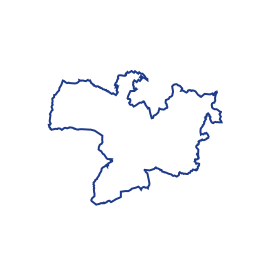 outline of Eloxochitlán, Hidalgo, Mexico, rotated 215°
{"feature_id": "50627088B56771810727616", "entity_name": "Eloxochitlán", "entity_type": "district", "adm_level": 2, "iso_a3": "MEX", "parent_name": "Mexico", "parent_adm1": "Hidalgo", "projection": "robinson", "projection_center": [-98.887, 20.743], "detail": "fine", "context": "isolated", "style": "outline", "palette": "blue", "viewbox_px": 256, "rotation_deg": 215, "n_neighbors": 0, "source": "geoboundaries", "source_scale": "gbopen_adm2", "svg_char_len": 5840}
<svg xmlns="http://www.w3.org/2000/svg" viewBox="0 0 256 256"><g transform="rotate(215 128 128)"><path d="M84.8,199.9L86.0,195.4L87.1,195.2L87.9,195.7L88.7,195.3L89.8,195.4L93.7,196.7L95.4,196.4L97.1,195.6L97.1,194.8L98.6,194.4L98.9,194.6L99.6,194.1L100.3,193.1L100.0,191.8L100.4,190.6L100.8,190.5L104.7,190.2L105.8,189.0L106.3,191.5L109.7,192.3L111.6,191.6L112.3,191.9L113.6,191.6L115.0,190.2L115.5,189.1L115.7,187.4L112.2,183.9L111.5,182.8L111.2,181.5L110.5,180.5L110.4,179.8L110.7,178.4L111.6,177.2L111.3,175.3L113.0,172.6L111.7,170.2L109.8,169.6L109.6,169.0L107.8,167.8L107.5,167.0L108.6,165.5L108.8,164.2L109.7,163.3L112.1,162.2L113.5,162.0L112.1,158.1L112.7,155.0L114.0,152.7L113.3,150.6L114.2,149.6L118.5,153.1L122.0,156.5L123.3,156.2L123.2,155.6L127.4,157.2L128.0,157.9L128.9,158.1L129.9,158.8L130.7,158.6L130.6,157.7L131.3,157.1L131.4,156.5L133.0,155.4L134.8,150.4L135.7,148.8L137.9,149.5L139.3,148.4L140.0,148.4L141.5,149.2L141.5,150.3L141.2,150.6L142.0,152.2L142.6,152.6L143.1,152.8L144.6,151.8L145.4,152.1L146.2,154.4L147.2,159.6L144.0,162.0L143.2,164.7L143.7,164.6L144.3,164.9L144.8,163.4L145.8,163.6L147.2,165.5L148.1,165.7L149.0,166.8L149.1,167.5L150.0,168.5L150.1,170.7L147.2,170.6L147.1,173.5L145.2,173.4L145.0,176.3L147.2,176.4L147.2,178.1L144.4,177.9L143.4,178.4L139.5,178.3L140.3,179.3L141.9,179.1L144.6,180.3L147.3,180.8L148.5,179.9L150.8,180.1L150.8,178.4L154.8,178.5L154.8,176.7L157.8,176.7L158.9,173.9L159.6,173.2L160.5,173.6L161.0,171.3L160.3,170.8L160.5,170.2L160.0,169.9L160.1,169.5L160.8,168.7L164.6,166.8L165.8,165.6L165.5,163.9L164.3,162.9L164.5,161.7L163.7,159.2L163.9,157.7L163.4,155.6L162.7,155.5L161.7,156.7L160.8,156.3L161.4,154.9L161.3,154.3L160.5,155.2L160.0,154.8L159.8,155.4L159.6,154.8L160.0,154.4L158.9,153.0L159.0,152.3L158.1,151.7L157.0,151.6L156.7,151.1L157.1,150.1L156.7,149.5L156.8,148.0L160.2,147.9L160.3,147.2L161.1,146.5L162.8,146.7L163.5,146.4L164.8,146.8L165.6,146.3L166.0,146.7L166.8,146.2L167.8,146.6L168.2,146.0L169.8,145.9L170.8,145.3L172.3,145.6L173.8,144.9L174.6,145.3L175.5,144.8L176.3,145.0L177.4,144.4L177.8,143.6L179.5,143.5L179.9,143.2L180.6,143.8L181.3,143.8L181.7,143.4L182.7,143.8L184.4,143.8L184.7,144.3L186.4,145.2L186.7,144.6L188.1,144.1L188.5,144.3L189.4,142.2L192.8,140.7L193.6,139.7L195.4,139.3L194.8,138.7L195.1,136.9L195.8,135.3L197.1,134.0L201.8,131.2L202.5,131.2L203.4,130.0L205.1,129.6L207.3,129.8L208.6,129.5L207.3,125.0L207.1,121.4L206.0,119.3L206.4,116.6L206.4,113.8L207.4,112.6L206.2,110.8L206.9,108.7L204.9,106.4L204.5,105.0L203.0,103.8L203.2,103.3L202.7,101.4L200.1,99.6L200.4,98.3L199.9,94.5L198.9,94.1L196.1,88.7L194.9,87.7L193.9,87.4L193.7,86.1L194.7,85.2L192.8,83.5L192.0,83.6L191.0,82.7L190.6,82.7L190.8,83.0L189.6,83.0L188.9,83.5L186.9,85.8L185.3,86.6L185.0,87.6L184.6,87.9L183.2,88.6L181.1,88.5L180.1,91.6L178.9,92.5L177.8,92.7L176.5,94.2L176.5,94.8L176.2,95.0L174.1,96.2L172.3,96.7L171.6,96.5L171.2,97.0L169.5,97.3L167.6,98.3L167.4,98.8L165.4,100.4L157.3,105.4L153.7,106.7L144.6,107.0L142.2,103.3L140.7,101.7L140.6,99.9L141.4,98.3L141.4,97.9L141.0,95.8L139.8,93.6L138.4,93.4L136.6,93.6L133.8,92.4L132.4,92.6L128.1,90.9L126.8,90.9L124.9,92.2L125.0,92.0L123.7,91.6L122.5,92.5L121.9,91.6L123.9,87.6L123.1,86.4L124.0,86.4L124.3,85.9L123.2,84.6L124.6,85.0L124.9,83.4L125.9,81.3L126.3,79.7L125.2,77.5L124.9,73.5L124.5,72.7L124.5,69.1L124.1,68.6L125.0,66.6L124.5,65.9L124.9,63.7L124.5,63.5L124.0,62.0L122.8,61.6L122.5,60.3L121.2,59.5L121.2,58.7L118.7,55.7L118.1,55.4L116.4,53.0L117.1,49.8L116.7,47.8L115.9,47.3L110.1,47.0L107.5,49.9L107.4,50.5L106.2,51.6L105.3,51.9L105.3,52.7L104.9,53.1L104.1,53.0L102.9,55.0L102.8,56.1L101.9,57.4L101.4,57.8L99.5,57.5L99.2,57.8L96.9,63.0L94.9,66.1L94.3,67.5L97.3,71.7L93.8,75.0L91.6,76.4L90.3,79.0L90.2,80.3L87.2,83.8L85.9,85.9L83.7,85.7L81.9,85.0L82.2,86.6L81.8,88.0L81.1,88.9L79.5,89.1L78.4,90.1L77.1,90.0L77.8,91.7L77.8,93.3L78.8,95.1L86.0,101.9L88.3,102.2L89.3,103.0L90.2,103.0L90.3,103.3L85.9,105.7L83.0,109.6L82.9,111.1L82.6,111.7L81.5,111.4L80.5,112.0L77.9,112.4L77.4,112.0L76.5,112.8L75.0,111.9L73.3,112.7L72.8,112.5L71.6,113.2L68.2,113.9L66.0,114.8L63.6,114.6L62.6,115.8L60.3,116.1L59.4,118.2L59.4,118.9L60.3,120.3L60.2,121.5L58.1,121.5L57.3,122.3L56.1,122.3L55.2,123.3L54.0,123.7L52.7,124.6L52.5,126.2L51.5,127.0L51.9,128.7L51.8,129.0L50.9,129.6L51.0,131.2L49.3,131.9L48.9,132.5L48.7,132.1L47.9,132.3L47.4,133.4L47.8,134.0L47.6,134.9L48.7,136.5L48.3,137.1L48.5,138.4L49.2,139.5L50.5,139.1L51.6,137.8L53.0,138.8L54.2,138.8L54.4,139.8L55.1,140.6L54.9,140.9L54.4,140.6L54.0,141.4L53.5,141.7L53.4,142.7L52.7,143.2L52.7,143.5L53.2,144.4L54.1,144.6L54.3,145.3L54.8,145.2L56.6,146.1L56.6,146.6L55.7,147.0L58.0,150.6L60.4,151.1L61.3,151.6L61.7,152.3L61.6,153.3L61.1,154.0L61.5,154.6L60.9,155.6L61.6,156.4L61.6,157.4L62.4,157.5L62.3,158.1L61.4,159.7L60.7,159.9L60.6,161.1L59.9,161.0L58.8,161.6L57.5,163.8L57.3,164.2L57.5,164.7L56.6,166.0L57.1,167.3L59.4,168.6L61.0,168.9L61.2,168.0L62.0,167.9L62.3,167.5L62.5,166.1L64.1,165.4L64.5,164.4L66.7,166.7L68.1,169.3L67.9,172.4L68.4,173.1L68.0,174.2L68.4,175.9L69.1,176.5L68.9,177.3L69.3,178.4L69.2,180.0L70.4,180.4L70.1,180.8L70.4,181.3L70.3,181.7L70.9,181.9L70.4,183.2L71.3,184.2L70.8,185.9L69.5,185.6L69.4,185.3L68.6,185.2L68.2,184.4L67.4,184.6L66.7,184.3L66.6,183.3L65.4,182.0L65.0,182.0L63.4,180.9L61.7,180.6L60.9,181.0L61.0,181.6L59.8,183.2L58.6,183.6L57.8,184.4L56.7,184.8L54.6,186.3L55.7,187.1L57.7,187.7L58.0,188.2L58.5,190.6L61.0,191.8L60.9,194.0L61.2,194.5L62.3,194.1L65.3,194.3L66.6,194.0L67.7,193.1L69.2,192.8L71.0,193.1L71.9,194.3L72.5,194.6L73.1,196.0L72.9,197.2L71.8,198.3L72.2,199.4L72.1,200.2L74.1,202.8L75.4,206.1L75.5,208.0L76.0,208.4L76.1,207.8L76.3,209.0L76.5,207.0L76.2,206.4L76.7,206.8L76.9,208.4L76.9,205.6L77.4,204.7L77.0,204.2L76.5,204.8L76.7,204.1L77.5,204.1L78.6,204.8L80.0,202.6L84.8,199.9Z" fill="none" stroke="#1e3a8a" stroke-width="2"/></g></svg>